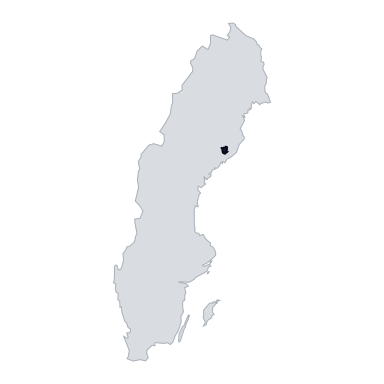 Vännäs, Västerbotten, Sweden (highlighted)
{"feature_id": "70781695B10556345050301", "entity_name": "Vännäs", "entity_type": "district", "adm_level": 2, "iso_a3": "SWE", "parent_name": "Sweden", "parent_adm1": "Västerbotten", "projection": "albers", "projection_center": [19.683, 63.961], "detail": "fine", "context": "in_parent", "style": "filled", "palette": "ink", "viewbox_px": 384, "rotation_deg": 0, "n_neighbors": 0, "source": "geoboundaries", "source_scale": "gbopen_adm2", "svg_char_len": 4408}
<svg xmlns="http://www.w3.org/2000/svg" viewBox="0 0 384 384"><path d="M117.5,266.6L118.2,269.8L120.4,269.7L121.6,267.5L123.5,260.9L123.0,253.3L125.3,250.9L127.0,246.9L130.1,246.0L134.6,241.7L135.5,236.8L136.9,233.3L134.8,221.9L134.8,219.1L140.0,218.3L142.9,211.2L140.0,206.1L135.3,201.1L138.6,187.2L137.4,179.3L138.0,176.1L138.3,171.2L139.8,169.3L138.2,161.8L141.1,157.0L141.0,154.4L149.0,145.1L153.6,143.7L161.8,146.0L164.1,142.2L164.3,140.1L164.0,134.9L159.7,131.6L165.5,122.9L170.1,114.4L171.5,105.8L172.7,102.2L172.4,93.7L177.5,93.2L182.2,90.0L181.9,85.4L192.4,71.8L192.9,69.3L192.3,66.9L190.3,62.4L191.0,60.5L193.6,59.4L194.9,57.6L197.1,51.0L202.4,46.0L207.9,49.6L210.5,43.8L210.5,35.6L212.5,34.8L227.2,40.1L229.7,37.0L227.2,35.5L229.6,32.2L230.4,30.1L230.6,27.8L230.5,26.5L228.5,23.5L233.0,23.0L235.5,24.4L235.7,26.2L245.9,35.6L253.9,39.1L256.4,41.7L257.3,44.7L258.6,44.8L260.2,47.5L261.9,49.0L260.7,51.0L260.9,55.5L261.5,57.5L260.9,61.4L263.6,62.2L264.1,64.5L262.9,67.0L263.2,69.6L267.1,77.3L266.3,80.0L266.3,83.3L264.8,85.8L264.7,88.3L265.1,91.5L265.7,93.0L267.4,93.9L270.5,102.3L267.8,103.1L265.7,102.1L260.9,103.4L259.8,104.8L256.0,101.5L253.9,103.6L252.4,101.9L251.4,104.8L251.2,108.6L249.4,108.3L250.1,109.8L247.8,110.4L247.6,111.0L248.1,111.9L247.5,113.1L244.2,113.6L243.8,114.9L244.8,116.3L244.8,117.3L242.6,115.9L244.1,118.7L244.5,120.7L240.1,128.8L241.6,130.8L243.0,135.3L244.4,137.3L243.9,139.4L239.1,144.6L236.5,152.4L230.3,157.6L227.1,159.0L225.0,162.7L222.5,161.5L222.4,163.6L220.9,162.3L219.5,165.6L217.2,168.3L214.8,167.8L214.5,168.2L215.2,169.0L212.4,169.7L211.5,172.6L209.3,173.3L208.9,174.2L211.1,174.4L210.6,176.8L208.1,177.9L207.2,179.4L206.1,179.3L206.3,178.2L204.7,178.2L204.2,176.8L203.9,177.2L204.9,181.0L204.0,182.5L205.6,184.0L200.9,187.7L198.2,186.1L197.8,187.3L198.3,190.5L200.6,193.1L199.1,194.7L197.2,202.2L198.2,206.8L195.0,205.7L195.2,207.4L194.1,209.4L194.4,212.3L194.0,214.2L194.6,216.0L194.2,216.8L194.3,225.0L195.1,228.5L194.7,231.3L195.9,232.9L198.8,233.3L199.6,235.6L203.2,234.4L205.7,239.0L210.5,243.0L210.2,245.5L213.3,247.4L215.1,250.8L215.8,253.7L215.5,255.5L210.5,260.2L206.6,263.3L202.5,265.2L202.7,265.9L204.7,266.3L209.5,264.1L210.9,266.1L208.3,267.0L207.7,269.8L206.5,271.5L195.6,277.5L194.1,279.4L189.1,282.3L180.5,281.7L179.1,282.3L186.6,283.9L188.3,286.3L184.6,287.6L185.9,293.2L184.9,294.5L184.6,300.5L183.3,300.6L182.6,303.1L182.9,309.2L183.5,310.9L183.1,312.6L180.8,316.7L181.3,321.6L178.4,330.4L175.4,335.4L172.8,342.2L170.3,344.5L167.6,342.8L163.3,343.4L155.7,342.6L154.7,343.2L155.0,345.8L152.3,345.2L147.0,350.1L146.6,352.7L148.2,357.8L145.5,360.9L140.3,359.6L133.2,361.0L127.1,358.7L128.1,357.1L129.3,350.5L123.7,336.3L126.8,338.1L128.2,337.5L126.7,332.9L129.5,332.9L130.5,331.4L130.3,328.9L128.1,327.5L126.6,323.3L124.7,321.0L122.0,312.6L121.3,307.0L120.0,307.4L119.7,301.0L117.9,299.8L118.2,293.4L116.3,292.5L115.3,289.4L115.8,283.9L113.5,282.8L114.2,280.3L114.6,270.5L114.2,267.3L115.2,265.2L116.5,265.2L117.5,266.6ZM216.4,303.5L215.3,304.1L214.6,305.8L212.8,306.7L212.5,312.2L214.0,314.4L212.3,315.3L211.1,318.2L208.1,320.1L206.8,322.0L206.1,324.7L203.4,326.1L205.4,322.1L203.0,317.3L203.7,315.7L203.6,310.2L209.2,303.5L211.7,302.7L212.8,303.5L213.3,301.8L214.1,301.5L216.4,303.5ZM180.4,340.9L178.9,342.0L178.6,340.3L179.1,333.9L182.5,326.4L183.8,325.9L188.0,315.7L188.4,315.0L189.6,315.7L188.7,316.6L188.6,318.4L186.1,323.9L185.3,327.5L184.4,328.3L180.4,340.9ZM217.5,301.3L217.2,302.9L215.9,301.6L217.2,299.9L219.8,300.3L217.5,301.3ZM212.0,261.0L210.3,263.4L210.0,262.4L210.4,261.2L212.0,261.0ZM208.1,273.5L207.3,273.7L207.9,272.0L209.1,271.7L208.1,273.5Z" fill="#d9dde1" stroke="#a8b0b8" stroke-width="1"/><path d="M222.4,151.9L222.5,152.0L222.6,152.4L222.8,152.8L223.2,153.1L223.4,153.4L224.0,153.6L224.5,153.7L224.9,153.9L225.1,153.9L225.5,153.7L225.7,153.3L225.8,153.1L226.3,152.7L227.0,152.4L227.3,152.1L227.6,151.8L227.0,151.7L226.6,151.6L226.3,150.9L226.4,150.6L227.0,150.1L227.3,149.8L227.0,149.4L226.8,149.1L226.8,148.7L227.2,148.4L227.2,147.5L227.2,147.0L226.9,146.8L226.5,146.8L226.1,146.6L225.6,146.5L225.5,147.0L225.1,147.4L224.7,147.5L224.3,147.5L224.1,147.3L223.9,147.3L223.6,147.7L223.3,148.0L223.1,148.2L222.7,148.0L222.2,147.8L221.8,147.7L221.3,148.0L221.5,148.2L221.8,148.7L222.0,149.1L222.1,149.6L222.3,150.4L222.3,151.1L222.4,151.4L222.4,151.8L222.4,151.9Z" fill="#0f172a" stroke="#020617" stroke-width="1.5"/></svg>